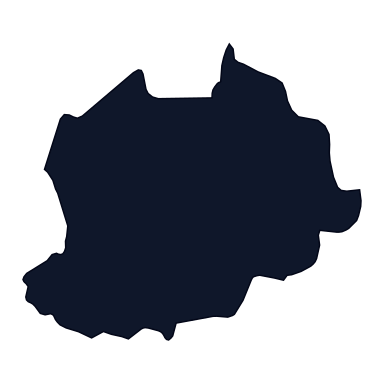 an SVG outline of Nord-Ouest
{"feature_id": "CMR-1477", "entity_name": "Nord-Ouest", "entity_type": "Province", "adm_level": 1, "iso_a3": "CMR", "parent_name": "Cameroon", "parent_adm1": "", "projection": "albers", "projection_center": [10.325, 6.427], "detail": "fine", "context": "isolated", "style": "filled", "palette": "ink", "viewbox_px": 384, "rotation_deg": 0, "n_neighbors": 0, "source": "natural_earth", "source_scale": "10m", "svg_char_len": 1758}
<svg xmlns="http://www.w3.org/2000/svg" viewBox="0 0 384 384"><path d="M44.5,169.4L60.4,119.1L64.3,114.6L69.3,115.0L73.4,117.0L77.4,118.2L82.3,116.1L133.4,72.7L138.3,69.9L141.3,70.5L143.0,74.0L146.0,89.4L148.1,93.5L152.5,97.0L158.3,98.7L212.0,97.9L212.2,93.2L213.0,89.9L214.7,87.0L217.3,83.6L218.6,82.6L219.8,82.3L220.7,81.6L221.9,65.5L223.7,57.6L226.2,50.0L229.3,44.0L233.1,49.0L234.3,59.3L238.0,62.3L243.5,64.2L258.1,71.9L275.3,78.4L282.1,83.0L285.5,91.4L287.5,101.0L291.7,110.2L298.3,116.8L317.8,120.4L324.9,126.0L329.0,134.4L329.6,144.5L329.3,152.8L330.0,161.0L333.5,177.2L337.6,187.3L341.1,190.4L346.7,191.2L359.6,189.8L361.0,200.7L360.7,206.5L358.5,215.6L356.6,220.5L348.7,228.4L346.0,230.0L342.0,231.7L339.1,232.1L336.5,232.1L319.8,230.3L318.3,235.2L319.6,245.1L316.6,258.5L315.1,261.7L313.1,264.1L310.8,266.1L301.1,271.4L291.7,274.7L287.1,275.3L283.5,280.2L274.4,278.0L259.7,275.2L256.8,275.7L253.4,276.8L252.1,278.3L251.1,280.4L243.0,300.3L234.4,314.3L232.5,315.5L227.8,317.1L216.7,316.2L213.0,316.3L176.1,323.1L172.7,335.9L170.9,338.1L168.6,340.0L166.5,339.4L165.0,337.7L163.9,335.5L162.5,333.3L160.6,331.7L158.3,330.7L148.3,328.0L145.1,327.6L142.9,328.1L141.2,329.0L128.4,338.9L121.9,336.6L111.4,334.3L103.4,331.5L91.6,337.9L78.5,331.7L66.1,327.9L60.0,324.8L57.4,322.1L55.5,319.6L53.8,315.9L52.7,314.6L50.6,313.7L45.1,314.8L40.3,313.4L35.1,306.3L32.8,304.0L30.6,302.7L28.3,301.7L26.5,299.9L25.8,297.0L28.2,286.5L26.0,283.5L24.6,282.3L24.3,281.9L24.1,281.7L23.9,281.5L23.7,281.0L23.0,279.6L24.0,276.8L26.7,273.4L47.2,260.7L52.1,254.6L56.5,253.3L58.4,254.2L60.8,254.6L62.9,253.8L64.5,251.4L65.7,247.8L65.5,241.1L66.7,236.6L67.8,225.9L57.7,193.1L55.6,189.0L52.9,180.3L47.6,172.1L44.5,169.4Z" fill="#0f172a" stroke="#020617" stroke-width="1.5"/></svg>